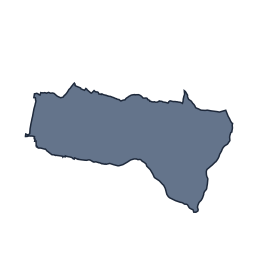 outline of Harseni, Brasov, Romania, rotated 291°
{"feature_id": "2599482B70771165019012", "entity_name": "Harseni", "entity_type": "district", "adm_level": 2, "iso_a3": "ROU", "parent_name": "Romania", "parent_adm1": "Brasov", "projection": "equal_earth", "projection_center": [25.04, 45.68], "detail": "fine", "context": "isolated", "style": "filled", "palette": "slate", "viewbox_px": 256, "rotation_deg": 291, "n_neighbors": 0, "source": "geoboundaries", "source_scale": "gbopen_adm2", "svg_char_len": 5567}
<svg xmlns="http://www.w3.org/2000/svg" viewBox="0 0 256 256"><g transform="rotate(291 128 128)"><path d="M169.8,224.0L169.9,223.0L171.3,221.2L173.0,219.5L174.8,217.3L179.6,212.9L175.6,207.6L175.3,205.6L173.8,199.5L173.1,195.7L172.1,193.8L171.1,190.7L170.8,189.6L171.1,186.9L171.1,184.3L171.7,183.3L172.6,182.5L173.6,181.1L174.3,179.5L175.7,177.5L176.3,175.1L176.6,174.2L178.4,172.4L180.0,171.8L182.6,168.5L183.0,167.2L179.9,168.7L179.1,168.8L178.6,168.8L177.5,168.8L176.6,169.0L176.1,169.0L175.5,169.1L174.8,169.2L173.8,169.5L172.9,169.8L172.2,169.9L171.3,169.9L170.5,170.0L170.7,168.3L170.7,167.4L170.4,166.5L170.2,165.4L170.1,164.6L169.8,163.7L169.6,162.5L169.3,161.8L168.9,160.8L168.7,159.7L168.6,158.6L168.5,157.8L168.2,157.3L167.2,156.7L165.9,156.6L165.6,156.3L165.5,155.1L165.3,153.2L165.1,152.9L165.0,152.1L164.8,151.3L165.0,150.2L164.9,149.6L164.6,148.5L164.3,148.2L164.5,147.5L164.0,147.2L162.8,146.3L162.4,145.6L161.9,144.3L162.0,143.4L161.6,142.7L161.4,142.5L161.4,142.1L161.1,141.4L161.0,140.7L161.1,139.7L160.8,138.7L161.5,138.3L161.6,137.0L161.6,136.1L162.4,135.6L162.6,134.7L162.3,133.7L161.6,132.3L161.4,131.2L162.3,129.5L162.7,128.3L162.9,126.8L162.8,125.5L162.3,124.6L161.9,123.3L161.4,122.8L161.5,122.0L161.2,121.5L160.3,119.9L159.7,119.1L158.7,118.3L158.0,117.6L157.4,117.3L155.3,115.8L154.7,115.5L153.2,115.1L152.3,113.5L150.9,111.9L150.7,111.3L151.4,109.3L151.1,108.6L151.1,108.4L151.1,108.0L151.1,107.8L151.0,107.2L151.2,106.7L151.1,105.9L151.1,104.8L151.2,104.2L151.2,102.8L151.1,101.8L151.2,100.8L151.2,100.3L151.0,99.6L150.8,98.8L150.6,98.1L150.8,97.8L150.6,96.9L150.7,96.7L150.8,96.3L150.5,95.6L150.6,94.8L150.4,94.3L150.3,92.4L150.5,91.7L150.4,91.5L149.9,91.3L150.1,90.8L149.8,90.8L149.5,90.1L149.6,89.5L149.3,88.7L150.5,87.5L150.7,86.6L150.5,86.3L150.2,84.4L150.8,82.9L148.3,81.8L147.5,81.4L147.4,80.7L149.0,76.1L149.4,75.7L149.8,74.5L147.6,73.9L147.7,70.0L148.4,69.4L148.5,64.8L148.7,63.4L149.9,62.9L150.7,61.8L149.5,61.3L147.7,60.8L146.7,60.4L144.6,59.9L143.9,59.6L142.9,59.1L142.0,58.9L140.5,58.7L140.1,58.6L139.3,58.4L138.4,58.2L137.4,57.8L136.6,57.6L136.3,57.3L135.6,56.9L134.6,56.6L134.0,56.6L133.9,56.6L133.0,55.6L132.2,54.4L132.1,54.1L132.3,50.8L132.4,50.5L132.7,49.5L133.0,48.8L133.5,47.4L133.8,46.6L133.7,45.8L133.7,45.4L133.7,45.2L133.6,44.9L132.9,43.6L132.8,43.4L132.7,43.2L132.8,41.2L132.7,40.9L132.4,40.7L131.4,39.5L131.2,39.3L131.3,39.1L131.3,38.7L131.2,37.8L131.2,37.6L130.8,37.0L130.5,36.5L130.2,35.6L130.0,35.0L129.9,34.7L129.8,34.4L129.8,33.9L129.1,33.9L127.2,34.0L127.3,32.3L127.5,32.0L127.7,31.7L127.7,31.3L127.7,30.6L127.6,30.2L127.3,29.8L126.8,29.3L126.8,29.1L126.6,28.9L126.6,28.7L126.4,28.4L122.6,29.2L123.0,30.7L122.7,30.9L122.2,31.2L121.0,31.6L120.6,32.1L120.1,32.4L119.5,32.5L118.9,32.6L117.1,32.8L116.0,33.0L113.6,33.2L112.5,33.3L111.3,33.5L104.3,34.8L102.5,35.0L100.3,35.4L97.0,35.9L92.1,36.9L87.5,38.3L87.3,38.2L86.5,37.7L85.8,37.2L85.6,36.9L85.7,36.4L85.7,35.7L85.7,35.3L85.8,35.1L85.8,34.7L84.8,34.9L83.3,35.3L83.4,35.7L83.5,35.9L83.7,36.2L83.9,36.7L84.1,37.1L84.7,37.8L85.0,38.3L85.1,38.6L85.3,39.0L85.5,39.8L85.7,40.2L85.8,40.5L86.2,41.4L86.2,41.7L86.3,42.1L86.3,42.5L86.4,43.1L86.4,43.8L85.1,43.9L85.0,44.4L84.3,44.4L84.2,44.6L84.2,45.3L82.2,45.6L82.8,46.9L82.5,47.0L81.8,47.2L80.8,47.7L80.2,48.0L78.5,48.6L78.6,48.9L78.6,49.0L78.3,49.4L78.0,50.1L77.7,50.4L77.5,50.1L77.2,51.4L77.2,51.6L77.4,52.2L77.5,52.3L77.6,52.6L77.9,53.5L78.0,53.7L78.1,54.6L78.4,57.7L78.7,58.3L78.7,58.5L78.5,59.0L77.6,60.5L77.4,61.2L77.4,61.6L77.1,62.2L75.8,66.5L76.2,67.8L76.5,68.7L76.5,69.3L76.4,69.4L76.5,69.7L76.4,70.2L76.8,70.8L77.0,71.8L77.4,73.4L77.9,75.6L78.2,77.4L77.7,77.6L77.9,77.7L78.1,78.2L78.3,78.4L78.4,78.9L78.5,79.2L78.5,79.5L78.6,79.8L79.5,79.5L79.5,80.9L79.6,81.3L79.7,82.1L79.8,82.6L80.0,83.4L80.2,84.6L80.2,84.9L80.3,85.2L80.3,85.7L80.0,87.7L79.7,87.7L79.6,88.9L81.0,89.0L80.9,90.8L80.8,92.5L81.1,92.5L81.2,93.6L81.2,94.1L81.3,94.7L81.4,94.9L81.6,95.8L82.5,99.3L83.0,100.9L84.1,102.6L84.3,102.9L84.4,103.2L84.4,103.6L84.4,104.0L84.5,104.4L84.4,105.0L84.3,105.4L84.2,105.8L84.0,107.2L83.8,107.8L84.2,108.2L84.2,108.8L84.3,109.2L84.9,109.9L85.0,110.7L85.0,111.8L85.2,112.6L85.1,112.9L85.2,113.7L85.4,114.0L85.4,114.5L85.3,115.1L85.3,115.6L85.4,116.2L85.2,116.6L85.7,117.2L85.6,117.3L85.6,117.7L85.7,118.3L85.8,118.8L85.8,119.0L86.2,119.5L86.3,119.8L86.2,119.9L86.2,120.0L86.2,120.4L88.4,123.7L88.6,127.8L89.1,132.2L89.6,133.2L92.0,136.4L95.8,139.5L99.1,141.9L100.8,144.1L101.4,145.0L102.1,147.0L102.0,148.6L102.7,149.8L103.0,151.0L102.8,151.7L102.0,153.3L101.9,154.6L101.1,157.4L100.8,157.8L99.1,159.2L97.1,163.7L93.8,167.8L91.5,170.1L91.2,170.5L90.1,175.5L89.9,176.3L87.7,180.7L87.4,181.7L85.0,184.4L79.9,188.1L78.4,190.2L77.8,191.7L77.2,198.4L77.4,203.5L77.7,205.0L77.7,205.7L77.2,208.0L77.8,210.1L77.7,210.8L77.4,211.4L75.6,213.6L75.3,214.3L75.0,216.2L75.0,217.7L74.7,218.3L73.0,219.5L73.5,221.1L74.0,221.9L75.6,223.0L76.8,222.8L78.6,221.5L79.0,221.2L80.8,220.9L84.0,221.0L86.8,222.2L88.5,222.5L89.4,222.6L92.9,222.5L94.3,222.1L96.1,222.2L98.0,222.9L99.3,223.2L102.4,222.5L104.1,222.2L109.0,220.8L109.6,220.4L111.0,218.9L112.6,217.9L115.4,216.7L117.1,216.5L118.1,216.8L119.6,217.7L121.5,218.7L123.6,219.9L127.4,221.6L127.8,222.0L129.4,222.5L131.7,223.0L133.8,223.2L136.4,223.0L138.1,223.3L138.7,223.3L139.2,223.5L140.6,223.6L141.5,223.5L143.7,223.8L145.4,224.4L146.0,224.7L148.5,226.6L149.4,226.9L150.3,227.0L152.0,227.5L152.8,227.6L156.0,226.1L157.5,225.8L160.6,225.6L161.6,226.4L162.5,226.0L163.1,226.0L165.5,225.5L168.0,224.3L169.8,224.0Z" fill="#64748b" stroke="#1e293b" stroke-width="1.5"/></g></svg>